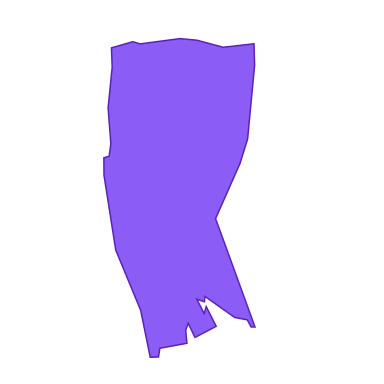 South West Inner City Lea-5, Dublin, Ireland, rotated 261°
{"feature_id": "5873133B41660382449043", "entity_name": "South West Inner City Lea-5", "entity_type": "district", "adm_level": 2, "iso_a3": "IRL", "parent_name": "Ireland", "parent_adm1": "Dublin", "projection": "albers", "projection_center": [-6.305, 53.339], "detail": "fine", "context": "isolated", "style": "filled", "palette": "violet", "viewbox_px": 384, "rotation_deg": 261, "n_neighbors": 0, "source": "geoboundaries", "source_scale": "gbopen_adm2", "svg_char_len": 609}
<svg xmlns="http://www.w3.org/2000/svg" viewBox="0 0 384 384"><g transform="rotate(261 192 192)"><path d="M128.3,217.7L162.0,211.1L212.7,243.9L235.6,255.2L307.4,273.7L328.7,276.4L330.1,245.4L341.2,220.5L345.4,204.0L346.4,163.9L349.7,157.1L347.0,135.0L327.8,132.7L288.2,122.3L252.3,119.4L240.2,115.7L239.6,110.3L222.4,107.7L146.6,107.6L83.1,122.8L35.3,124.9L34.3,133.1L42.7,135.8L43.4,163.3L56.6,164.2L62.9,167.7L47.9,172.2L55.6,194.9L76.6,188.1L70.0,185.0L85.3,180.0L81.6,187.1L86.8,188.5L61.4,214.5L57.1,226.6L49.5,229.2L48.8,233.1L128.3,217.7Z" fill="#8b5cf6" stroke="#5b21b6" stroke-width="1.5"/></g></svg>